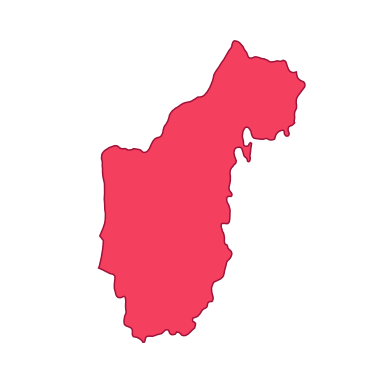 outline of Miory, Vitebsk, Belarus, rotated 279°
{"feature_id": "67162791B84307245476990", "entity_name": "Miory", "entity_type": "district", "adm_level": 2, "iso_a3": "BLR", "parent_name": "Belarus", "parent_adm1": "Vitebsk", "projection": "robinson", "projection_center": [27.827, 55.577], "detail": "fine", "context": "isolated", "style": "filled", "palette": "rose", "viewbox_px": 384, "rotation_deg": 279, "n_neighbors": 0, "source": "geoboundaries", "source_scale": "gbopen_adm2", "svg_char_len": 5934}
<svg xmlns="http://www.w3.org/2000/svg" viewBox="0 0 384 384"><g transform="rotate(279 192 192)"><path d="M58.1,215.9L58.3,215.9L59.5,216.0L61.0,216.2L62.7,216.1L63.4,215.2L64.1,214.1L64.2,213.1L65.3,212.6L66.6,212.5L67.4,212.5L68.0,213.5L68.9,215.1L69.4,216.1L70.8,217.6L72.3,218.4L73.3,219.1L75.3,219.9L76.9,220.6L78.5,222.0L79.3,223.2L80.3,224.4L81.2,224.8L83.0,224.9L84.8,225.0L86.0,225.8L86.4,226.6L86.7,227.6L86.9,228.7L87.5,229.2L89.4,229.6L91.3,229.3L92.8,228.7L94.2,228.0L95.8,227.3L99.0,226.5L100.2,226.3L102.2,226.5L105.3,227.2L106.8,228.1L107.7,229.6L108.8,231.2L110.0,232.9L110.7,233.9L111.6,234.6L113.0,235.7L115.0,236.3L116.9,236.4L119.8,236.5L121.9,236.7L123.5,236.9L125.7,237.1L128.4,237.3L130.2,238.3L131.3,239.2L132.6,240.0L134.5,240.7L136.9,241.1L138.2,240.7L139.3,240.1L140.4,238.8L141.2,237.5L142.2,236.3L144.3,235.4L145.4,234.5L145.5,233.5L146.0,232.6L147.3,232.0L148.8,231.6L150.4,231.4L152.4,231.1L153.6,230.6L155.2,230.1L156.8,229.2L158.0,228.2L159.5,227.6L160.9,226.8L162.0,226.3L163.7,226.0L165.1,226.0L165.5,226.6L166.0,228.4L166.1,230.0L166.2,231.8L167.1,232.9L168.4,233.5L171.5,233.5L174.6,233.1L178.1,232.7L179.7,232.5L182.4,231.5L184.8,230.3L185.9,229.5L187.3,228.4L188.4,227.9L190.3,227.3L192.3,227.5L193.1,228.2L193.6,229.4L193.7,231.2L194.6,231.9L196.1,231.8L197.4,231.0L198.4,229.8L199.7,228.5L201.5,228.0L203.0,227.8L206.1,228.0L209.1,228.1L211.3,227.8L213.9,227.4L215.9,226.7L218.4,226.4L220.8,226.7L222.5,227.5L223.7,228.4L225.4,229.1L226.2,229.9L227.1,230.6L228.6,230.9L229.7,230.8L231.8,229.7L233.1,228.9L235.0,228.1L236.9,227.3L238.6,227.2L240.5,227.4L242.6,228.6L243.2,230.1L243.7,232.0L243.5,233.0L242.8,234.5L241.8,234.8L240.4,235.6L238.7,236.5L237.4,236.9L235.8,237.8L234.9,238.9L234.3,240.1L233.6,241.0L232.2,241.6L231.2,242.0L230.9,242.4L230.8,243.4L230.9,243.5L231.8,244.2L233.6,244.3L235.0,244.2L236.2,243.6L239.0,243.5L241.0,243.5L244.0,243.3L245.6,243.3L247.8,243.3L249.2,243.3L249.9,242.1L249.1,241.2L246.6,240.4L245.8,239.1L245.6,237.6L245.8,236.2L247.9,235.3L249.3,235.1L251.7,234.3L253.2,233.5L255.0,233.0L257.0,232.9L259.9,232.9L263.0,233.9L264.2,234.8L264.7,236.6L264.1,238.0L262.6,239.6L260.9,240.8L258.8,241.6L257.2,242.4L255.9,243.3L254.8,245.0L254.8,246.9L254.8,248.7L255.0,252.8L255.4,254.5L256.4,256.4L256.5,258.1L255.7,259.7L255.7,261.0L255.8,262.3L256.4,264.0L257.2,265.3L259.8,265.6L261.8,266.0L263.3,266.7L264.8,267.8L266.2,269.5L267.0,271.1L267.2,272.5L266.6,273.5L264.0,274.1L263.4,274.5L262.2,275.8L262.0,277.0L262.7,278.5L264.4,278.9L265.8,278.5L267.0,277.7L269.0,277.0L271.4,277.3L272.6,278.6L273.1,279.7L273.7,280.5L274.4,281.2L275.7,282.1L276.4,282.6L277.2,281.9L280.1,281.8L282.0,281.7L283.1,281.4L284.8,281.0L287.5,281.0L289.4,281.6L291.2,282.1L294.4,281.6L296.2,281.0L298.2,280.7L300.5,280.6L302.7,281.3L304.5,282.1L306.7,283.3L308.3,284.2L309.8,284.9L311.8,286.0L313.3,286.8L314.7,286.9L316.3,286.6L317.5,285.9L318.4,284.7L318.6,283.4L319.1,282.1L319.5,280.8L320.9,278.9L322.1,278.0L324.5,277.0L326.9,276.3L326.3,274.9L325.8,273.6L325.8,271.7L326.6,269.7L328.0,268.3L330.6,266.7L332.4,265.8L335.0,264.5L336.1,263.1L336.3,261.3L335.2,259.8L334.8,258.5L334.9,255.6L334.2,254.1L333.4,252.2L332.8,249.6L333.0,247.7L333.9,246.2L334.3,244.3L334.8,242.7L334.7,239.8L335.3,237.3L335.5,233.9L335.1,232.5L334.1,231.0L333.5,229.7L333.4,227.6L334.3,226.4L336.0,225.4L338.0,224.3L339.2,223.2L341.0,221.3L343.4,219.8L345.3,217.6L346.3,216.4L347.1,215.2L347.8,213.4L348.0,211.2L347.9,210.0L346.7,209.1L346.4,209.0L345.3,208.7L343.4,208.5L342.1,208.5L340.3,208.0L337.5,206.4L332.6,204.5L328.0,202.8L323.8,200.7L319.4,198.9L316.5,197.4L313.7,196.2L311.0,195.3L308.1,195.2L305.0,194.9L301.0,194.0L297.9,193.2L293.6,191.5L291.0,190.0L289.0,188.6L287.8,186.9L287.1,185.3L286.6,182.8L285.0,181.2L283.8,179.8L282.1,177.8L281.1,176.4L280.5,174.9L279.2,171.4L278.0,169.2L275.9,166.8L274.4,165.4L273.1,164.0L272.3,162.7L270.5,161.2L269.0,159.8L266.3,158.4L264.3,157.7L262.6,157.7L258.3,157.0L254.8,155.7L253.0,154.6L251.1,154.1L249.0,153.9L246.8,153.9L245.1,153.7L242.2,152.6L241.1,151.4L240.6,150.1L239.7,148.3L238.5,146.9L236.3,145.6L234.7,145.0L232.8,144.4L229.9,143.6L227.6,142.9L225.5,141.7L224.0,140.1L223.5,137.8L223.9,136.8L224.9,135.5L225.4,134.6L225.6,133.5L225.7,132.1L225.7,130.6L225.7,129.6L225.7,128.5L225.6,127.3L224.4,126.1L223.9,124.4L223.4,122.0L224.1,120.8L224.4,119.3L224.2,118.0L223.8,116.8L223.8,115.1L224.4,113.5L225.0,112.6L225.6,111.6L225.8,110.6L225.8,109.0L225.3,107.6L224.3,105.9L223.5,104.4L222.8,103.1L221.7,102.0L219.9,99.9L218.5,98.7L216.1,97.4L214.9,97.1L212.6,97.2L210.7,97.4L209.0,98.2L206.8,98.9L204.0,99.2L200.1,100.2L198.1,100.4L195.0,101.2L192.5,101.9L186.7,104.2L183.4,104.8L176.7,105.9L173.7,106.2L171.0,106.5L168.7,107.1L164.9,107.9L161.1,108.6L158.6,109.4L156.9,109.9L155.3,110.1L152.3,110.5L149.9,110.7L147.0,110.6L142.8,109.9L139.8,109.2L134.1,107.8L133.9,108.1L130.1,112.1L122.4,112.7L113.5,112.7L104.2,112.1L102.3,111.6L101.7,114.0L100.9,116.8L99.8,120.0L99.3,121.8L98.7,123.3L98.5,125.6L98.4,126.9L97.2,128.7L96.6,129.0L94.3,129.5L92.2,129.5L88.8,129.7L86.7,130.0L84.6,130.4L82.8,131.2L80.8,132.1L78.8,132.9L77.4,133.8L76.3,135.5L76.3,136.7L76.5,138.2L77.2,139.4L78.0,140.4L78.3,141.5L77.5,142.6L75.9,143.1L73.7,143.7L71.5,143.9L69.0,144.2L67.5,144.5L64.8,145.2L63.3,145.7L61.3,145.6L59.7,145.1L58.1,144.9L56.6,144.9L54.3,144.9L52.7,145.3L50.7,145.9L49.5,147.7L49.1,149.8L48.5,152.0L48.1,153.2L46.8,154.5L45.2,154.9L43.2,155.2L42.1,155.3L40.9,155.9L40.0,156.7L39.9,158.3L39.9,160.3L39.1,162.4L38.7,163.7L37.5,165.5L36.9,166.2L36.0,166.9L36.1,168.2L36.9,168.7L39.0,168.9L40.6,169.0L41.9,169.6L42.7,171.1L43.2,174.0L43.2,175.4L44.4,177.7L45.7,180.1L47.4,184.1L49.8,186.0L51.6,187.4L52.0,188.9L51.8,190.4L49.7,191.7L48.5,192.6L47.9,194.1L48.2,195.9L48.9,197.6L51.4,198.9L51.1,201.7L50.0,203.0L49.0,204.4L48.8,206.1L49.3,208.2L51.0,210.3L53.4,212.2L55.9,214.0L58.1,215.9Z" fill="#f43f5e" stroke="#9f1239" stroke-width="1.5"/></g></svg>